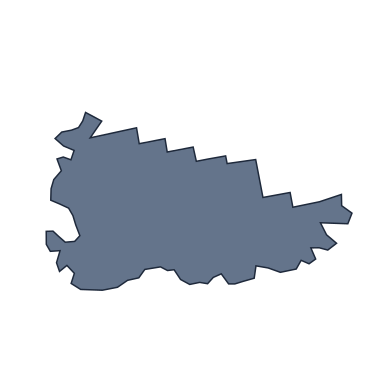 outline of Vanini, Rio Grande do Sul, Brazil, rotated 169°
{"feature_id": "56859067B33860368995203", "entity_name": "Vanini", "entity_type": "district", "adm_level": 2, "iso_a3": "BRA", "parent_name": "Brazil", "parent_adm1": "Rio Grande do Sul", "projection": "albers", "projection_center": [-51.831, -28.498], "detail": "fine", "context": "isolated", "style": "filled", "palette": "slate", "viewbox_px": 384, "rotation_deg": 169, "n_neighbors": 0, "source": "geoboundaries", "source_scale": "gbopen_adm2", "svg_char_len": 1178}
<svg xmlns="http://www.w3.org/2000/svg" viewBox="0 0 384 384"><g transform="rotate(169 192 192)"><path d="M45.8,161.1L68.7,158.1L95.9,157.8L95.8,172.8L123.4,173.1L123.3,211.7L152.1,213.2L152.1,221.0L170.0,221.3L181.9,221.3L182.3,235.9L208.7,236.0L208.3,249.5L234.6,249.5L234.2,265.6L281.6,264.6L267.1,278.8L281.3,290.4L285.7,282.6L291.1,276.9L298.6,275.7L308.4,275.7L316.2,270.6L309.3,261.7L299.8,255.3L304.7,246.7L311.7,250.9L318.2,250.2L316.2,237.8L325.3,230.6L329.7,222.1L332.2,210.9L324.2,205.5L316.2,199.7L313.4,191.6L312.4,181.9L310.4,170.5L316.6,165.9L326.0,166.9L331.5,174.0L335.9,180.1L342.6,181.2L345.0,168.4L342.4,160.8L332.7,159.6L338.5,148.4L337.2,139.3L328.8,143.8L323.0,134.6L328.1,125.3L319.9,117.6L298.7,112.7L283.3,112.7L272.1,117.6L260.6,117.9L253.1,125.0L237.2,124.5L231.0,119.6L224.4,119.1L219.9,108.3L211.9,101.7L201.7,101.8L194.2,99.0L187.4,104.1L178.9,106.1L173.6,94.8L167.4,93.6L159.2,94.5L147.4,95.5L143.3,107.3L131.7,102.9L120.6,96.3L104.4,96.5L97.9,104.1L90.8,99.2L83.4,102.6L86.0,114.5L77.8,113.0L69.8,109.1L59.9,114.1L68.1,124.3L71.8,137.3L45.1,131.1L39.0,140.7L47.7,150.0L45.8,161.1Z" fill="#64748b" stroke="#1e293b" stroke-width="1.5"/></g></svg>